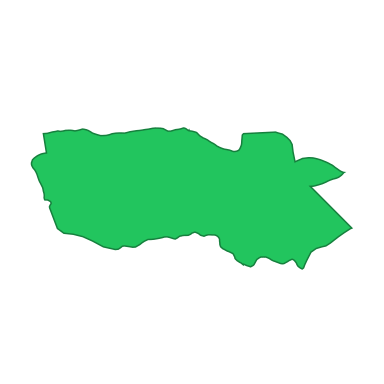 the district of Monchy/Ti Dauphin, Gros Islet, Saint Lucia, rotated 96°
{"feature_id": "8701671B56834223394204", "entity_name": "Monchy/Ti Dauphin", "entity_type": "district", "adm_level": 2, "iso_a3": "LCA", "parent_name": "Saint Lucia", "parent_adm1": "Gros Islet", "projection": "robinson", "projection_center": [-60.932, 14.041], "detail": "fine", "context": "isolated", "style": "filled", "palette": "green", "viewbox_px": 384, "rotation_deg": 96, "n_neighbors": 0, "source": "geoboundaries", "source_scale": "gbopen_adm2", "svg_char_len": 5496}
<svg xmlns="http://www.w3.org/2000/svg" viewBox="0 0 384 384"><g transform="rotate(96 192 192)"><path d="M130.9,201.7L131.2,202.0L130.9,202.8L130.0,204.1L129.5,205.2L129.2,206.6L129.3,207.4L130.4,209.8L131.1,212.0L131.7,214.7L132.7,217.1L133.7,219.5L134.0,222.3L133.1,224.6L132.0,227.3L131.9,230.1L132.1,233.0L132.3,235.3L132.8,237.9L133.7,240.7L134.1,242.0L134.4,243.3L134.9,245.5L135.6,247.8L136.3,250.6L136.8,253.2L137.6,256.3L138.6,260.0L139.6,262.6L140.5,265.1L140.6,266.8L140.9,270.3L141.5,274.0L142.4,277.5L143.7,280.2L144.7,283.2L145.2,286.4L145.5,288.8L144.9,292.3L144.3,295.1L143.8,297.2L142.8,299.1L141.8,301.3L141.2,303.5L140.9,306.0L140.9,307.6L142.1,310.4L142.9,312.7L143.5,314.8L143.3,317.4L143.3,319.4L143.6,321.7L144.0,324.3L144.8,326.5L145.5,329.3L145.3,331.8L146.1,334.1L146.9,337.1L148.8,342.0L149.5,345.9L168.4,340.8L168.8,342.4L169.4,344.4L170.1,346.2L171.5,348.6L172.6,350.1L174.8,352.5L176.7,354.0L179.9,354.7L181.7,354.4L182.9,353.8L184.7,352.6L186.6,350.6L188.7,349.1L190.8,347.9L193.1,346.9L196.1,345.5L197.7,344.6L199.1,343.6L200.7,342.6L202.1,341.7L203.2,341.0L204.6,340.5L206.7,339.9L207.4,339.6L209.2,338.9L209.7,338.8L211.5,338.5L212.0,338.5L212.9,338.5L214.3,338.1L215.2,337.6L215.2,336.8L215.1,335.8L215.0,335.1L215.2,334.2L215.6,333.3L216.1,332.1L216.6,331.5L217.3,331.1L218.2,330.9L219.9,331.7L221.4,332.2L222.4,332.0L222.7,331.9L242.4,322.0L246.4,315.1L246.4,305.8L247.8,295.9L251.1,285.9L255.8,274.4L257.2,262.3L256.6,259.4L255.0,257.4L253.2,255.6L252.7,253.6L252.8,250.8L252.9,248.2L253.1,245.2L252.6,242.4L250.9,240.1L249.8,238.5L247.8,236.5L245.9,234.2L243.8,230.8L243.4,227.5L242.8,224.6L241.8,221.0L240.5,216.9L239.6,214.7L239.2,212.1L239.5,209.5L240.1,206.6L240.4,205.0L240.5,203.7L239.0,201.5L238.8,201.4L238.1,200.6L237.2,199.6L237.0,198.8L236.7,197.8L236.4,197.2L236.0,195.4L235.9,194.7L235.8,193.8L235.7,193.0L235.5,191.4L235.1,190.6L234.6,189.8L234.2,189.1L233.7,188.5L233.2,188.1L232.7,187.4L232.3,186.4L231.9,185.7L231.6,185.0L231.7,184.2L232.0,183.4L232.2,182.4L232.5,181.7L233.1,180.4L233.5,179.9L233.8,179.4L234.1,178.8L234.3,177.9L234.5,176.5L234.7,175.5L234.3,174.6L233.9,174.1L233.3,172.6L232.9,171.5L232.8,170.7L232.7,169.9L232.6,168.5L232.6,167.6L232.5,166.6L232.4,165.6L232.4,164.4L232.7,163.4L233.1,162.5L233.5,161.7L233.9,161.3L234.5,160.7L235.2,160.1L236.0,159.7L236.6,159.6L238.0,159.4L238.9,159.2L239.6,159.0L240.4,158.9L241.0,158.8L241.8,158.6L242.3,158.3L243.3,157.9L243.9,157.3L244.7,156.1L245.2,155.4L245.5,154.5L245.8,153.7L246.4,152.3L246.8,151.4L247.1,150.6L247.3,149.6L247.7,148.3L248.0,147.5L248.4,146.4L248.7,145.7L248.9,145.0L249.3,144.6L250.0,144.1L250.9,143.5L251.6,143.1L252.6,142.5L253.5,142.3L254.2,141.7L254.8,140.8L255.6,139.9L256.0,139.0L256.5,138.1L256.9,137.3L257.1,136.8L257.3,136.1L257.4,135.9L259.1,133.3L258.4,133.0L258.7,132.2L258.9,131.4L259.3,130.4L259.6,129.1L259.8,128.0L260.0,127.0L260.3,126.1L259.9,125.3L259.4,124.7L259.1,124.1L258.8,123.8L258.4,123.3L257.9,122.9L257.1,122.5L255.9,122.0L255.2,121.7L254.2,121.3L253.5,121.0L252.4,120.5L251.8,119.9L251.2,119.1L250.6,118.5L249.8,117.3L249.4,116.5L249.4,116.1L249.4,115.4L249.3,115.1L249.2,114.5L249.1,112.9L248.9,112.2L249.1,111.2L249.2,110.7L249.4,110.3L249.5,109.7L249.8,108.8L250.3,107.7L250.6,107.0L251.2,106.0L251.5,105.2L251.7,104.6L252.0,103.8L252.2,102.9L252.4,101.9L252.7,101.0L253.0,99.7L253.2,98.9L253.5,97.8L253.7,97.0L253.9,96.1L253.9,95.5L253.9,95.0L253.9,94.5L253.7,93.6L253.4,92.8L252.6,91.7L252.1,91.0L251.6,90.2L251.1,89.5L250.1,88.4L249.7,87.6L249.1,86.7L248.7,86.0L248.4,85.4L248.6,84.5L248.9,83.8L249.5,82.9L250.1,82.3L250.6,81.8L251.1,81.3L251.7,80.8L252.4,80.4L253.2,80.0L254.4,79.1L254.9,78.6L255.4,77.8L255.9,77.0L256.3,76.2L256.5,75.7L256.9,74.8L257.0,74.3L255.8,73.1L252.6,72.3L247.9,70.7L239.4,67.4L235.2,62.6L233.0,57.3L231.6,53.2L228.4,49.2L226.4,47.1L225.2,45.9L221.0,41.5L216.7,36.6L212.1,30.9L211.2,29.3L174.0,75.0L173.8,73.7L173.5,72.0L173.1,70.7L172.3,68.6L172.0,68.0L171.8,67.3L171.1,65.7L170.3,63.8L170.2,63.5L169.9,63.0L169.2,61.7L168.0,59.6L166.9,58.0L166.7,57.6L165.7,55.9L164.9,54.2L164.4,53.2L163.7,51.2L163.3,50.2L162.5,48.6L161.9,47.6L161.0,46.6L160.1,45.6L159.5,45.0L157.9,43.8L157.0,43.3L156.7,42.9L156.7,43.3L156.4,44.5L155.9,46.1L155.2,47.6L154.4,49.0L153.6,50.4L152.7,52.1L152.0,53.2L151.5,53.9L150.5,55.7L150.0,57.2L149.3,58.7L149.0,59.5L148.4,61.2L147.6,64.0L147.0,66.0L146.5,68.0L146.0,70.8L145.7,73.0L145.5,75.0L145.5,75.8L145.7,79.2L145.8,79.8L147.1,85.6L148.1,87.2L148.2,87.5L149.0,88.9L149.9,90.5L151.2,92.7L141.7,95.7L134.3,97.4L130.7,99.8L127.8,103.3L125.0,108.1L124.2,113.0L123.7,115.1L128.6,146.8L129.9,147.8L130.1,147.9L130.8,147.9L135.9,147.8L137.5,147.7L139.5,147.7L140.6,147.9L141.4,148.1L142.6,148.5L143.7,148.8L144.8,149.4L145.5,149.8L146.2,150.8L146.4,151.2L146.8,152.0L147.0,152.8L147.3,153.7L147.3,154.3L147.4,155.1L147.2,156.2L146.9,157.1L146.6,158.4L146.4,159.2L146.3,160.7L146.2,161.4L146.1,162.8L146.1,163.3L146.0,164.5L145.8,165.4L145.7,166.0L145.5,166.6L145.3,167.4L145.1,168.2L144.8,169.1L144.6,169.8L144.1,170.9L143.9,171.7L143.4,172.5L142.9,173.3L142.2,174.5L141.8,175.3L141.4,176.2L141.1,177.0L140.9,177.7L140.6,178.3L140.2,179.1L139.7,180.1L139.3,180.8L138.6,182.1L138.3,182.8L137.9,183.9L137.6,184.7L137.2,186.1L137.0,186.8L136.4,187.8L136.2,188.3L136.1,188.6L135.5,189.7L135.1,190.4L132.4,193.6L132.2,194.4L132.1,194.6L132.0,195.5L131.7,197.0L131.6,197.7L131.5,198.7L131.5,199.8L131.3,201.7L130.9,201.7Z" fill="#22c55e" stroke="#15803d" stroke-width="1.5"/></g></svg>